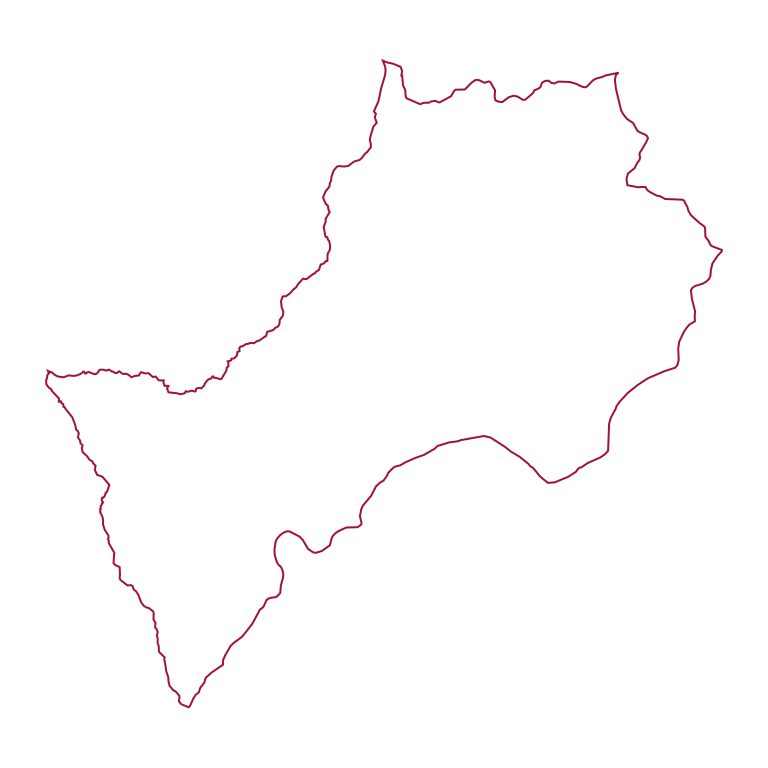 outline of San Sebastian, Cauca, Colombia
{"feature_id": "7082276B83850714200687", "entity_name": "San Sebastian", "entity_type": "district", "adm_level": 2, "iso_a3": "COL", "parent_name": "Colombia", "parent_adm1": "Cauca", "projection": "mercator", "projection_center": [-76.773, 1.841], "detail": "fine", "context": "isolated", "style": "outline", "palette": "rose", "viewbox_px": 768, "rotation_deg": 0, "n_neighbors": 0, "source": "geoboundaries", "source_scale": "gbopen_adm2", "svg_char_len": 6017}
<svg xmlns="http://www.w3.org/2000/svg" viewBox="0 0 768 768"><path d="M618.6,72.7L605.8,75.4L602.1,77.0L595.8,78.7L592.9,80.4L587.0,86.5L585.6,87.3L582.6,86.9L576.1,83.8L569.8,82.0L558.6,81.6L554.2,83.5L551.4,82.9L548.5,80.7L545.2,80.9L542.0,82.8L540.3,87.3L537.9,88.9L534.3,90.3L533.2,92.9L525.3,99.7L523.0,99.9L517.6,96.6L513.8,95.7L509.0,97.1L502.2,102.1L498.6,101.7L495.6,100.5L494.6,96.6L495.1,90.4L490.3,82.0L488.9,81.4L484.3,82.8L480.2,80.6L477.8,79.9L475.5,80.0L471.3,82.9L464.9,89.5L455.6,89.7L454.2,90.8L451.1,96.2L440.1,102.2L438.6,102.4L435.5,100.9L431.4,101.4L428.7,102.8L424.1,102.7L420.2,104.2L406.8,98.4L405.8,97.1L405.1,89.5L403.0,85.4L402.2,75.8L401.3,75.6L402.2,71.2L400.6,66.9L393.3,63.8L387.1,62.4L382.9,60.7L385.2,66.9L385.6,70.4L385.1,75.1L381.2,88.1L378.4,101.4L373.9,111.5L375.9,113.7L374.8,117.3L376.7,122.7L373.3,126.8L370.7,135.6L369.8,139.9L370.9,144.2L370.8,147.2L367.5,151.7L365.1,153.6L361.5,158.4L359.6,159.9L354.1,161.6L348.1,166.0L344.5,166.5L338.4,166.1L336.8,166.8L333.7,170.5L333.1,172.0L331.4,177.1L331.1,180.6L329.8,183.3L329.4,186.7L325.7,191.2L323.3,196.8L323.2,198.2L325.9,204.0L327.9,205.7L328.6,210.1L329.7,212.1L325.6,218.8L325.7,221.7L323.7,227.0L325.3,235.8L325.9,237.0L327.3,237.2L327.8,239.5L329.2,240.9L330.2,246.2L329.7,250.3L328.2,252.5L327.5,255.2L327.4,260.9L325.5,261.4L324.0,263.4L320.7,264.6L318.9,270.0L315.9,271.8L315.2,273.2L313.9,273.5L306.3,279.2L303.0,278.7L298.1,284.1L296.1,287.4L293.6,289.3L289.8,293.5L286.2,296.1L282.6,296.5L281.0,301.4L281.8,307.9L283.3,311.3L283.2,314.0L282.8,315.8L279.7,320.0L279.5,323.6L278.6,325.7L277.3,327.0L275.7,327.5L273.0,330.1L267.2,331.9L266.1,335.8L259.2,340.6L256.9,341.2L254.0,343.2L250.0,342.9L248.0,343.9L246.1,344.0L242.6,346.2L240.4,346.6L239.4,348.0L239.5,351.2L237.3,352.1L237.2,354.7L236.3,356.4L234.2,358.4L231.4,358.7L231.2,360.1L230.2,360.8L227.7,361.3L228.4,363.0L228.4,366.3L226.8,367.6L226.3,370.8L221.4,378.9L220.1,379.2L215.9,377.8L214.3,377.9L213.2,376.4L212.4,376.5L211.1,378.6L209.0,379.1L207.4,380.2L204.6,384.0L204.4,385.3L201.3,388.4L199.5,388.0L196.9,388.3L196.0,389.2L195.8,390.9L194.9,391.6L191.8,390.7L187.5,391.8L185.7,391.3L184.8,393.2L180.4,394.3L177.6,393.4L168.5,392.3L167.1,388.6L168.4,385.9L164.6,385.8L163.3,381.9L163.8,380.5L158.7,380.3L155.7,376.6L152.8,377.0L148.6,373.2L145.0,373.4L141.3,372.2L140.2,373.0L138.9,375.5L135.0,375.9L131.5,377.2L127.9,374.4L125.7,373.8L122.8,373.9L119.1,371.3L116.8,373.1L115.9,373.0L114.1,372.6L113.6,371.7L111.7,371.4L109.0,369.6L106.3,370.6L103.2,369.7L100.7,369.7L99.5,369.9L97.1,373.5L94.6,374.3L88.8,372.0L87.2,372.3L85.9,373.6L85.0,373.5L84.2,371.8L83.3,371.6L80.9,373.7L77.7,375.2L74.0,375.9L68.7,375.4L63.4,377.3L57.6,376.4L54.8,374.9L51.8,372.4L47.9,370.9L49.0,373.3L47.3,375.2L47.1,378.2L46.1,380.0L46.4,384.4L48.9,387.7L51.3,389.2L52.0,391.1L58.9,398.4L58.9,401.7L60.6,401.2L61.2,401.6L61.4,403.1L63.3,404.2L63.5,406.8L65.0,407.5L65.2,408.4L72.3,417.3L75.2,424.9L76.1,429.5L77.8,431.2L78.8,433.2L77.9,437.4L80.0,440.4L80.5,443.3L82.7,445.4L81.8,447.9L82.7,452.2L87.2,456.3L89.2,459.4L92.5,461.6L93.2,463.4L95.5,465.6L94.9,470.0L97.1,474.8L102.5,476.8L109.4,485.0L107.0,491.9L105.8,492.6L104.7,496.0L103.4,497.6L102.4,497.5L101.9,498.0L101.7,500.2L103.1,502.6L102.0,503.4L101.7,504.9L100.6,506.1L100.8,508.0L100.0,509.1L100.6,510.2L100.0,511.9L102.3,516.4L103.1,520.0L103.0,524.5L104.8,529.9L108.4,535.5L108.6,537.7L108.0,539.0L108.9,541.3L108.7,542.9L114.3,552.8L113.5,563.0L115.2,565.0L119.6,567.0L120.0,574.6L119.6,577.8L120.5,580.0L127.4,585.4L131.0,585.2L132.5,585.9L133.8,589.6L135.8,591.0L138.3,594.7L141.1,602.2L143.8,605.9L146.8,607.6L148.9,608.0L153.1,611.4L153.7,613.0L153.5,619.5L155.5,622.8L155.1,627.5L156.5,628.9L157.7,632.0L156.9,635.6L157.7,638.5L157.6,643.1L158.7,646.0L158.9,651.8L164.7,657.4L164.2,659.7L164.9,661.9L166.3,671.5L168.3,677.3L168.5,681.6L169.6,685.9L173.4,690.4L175.5,691.3L179.3,695.7L179.5,697.7L178.8,701.0L180.3,703.3L181.9,704.5L188.8,707.3L190.2,705.5L193.5,698.2L195.7,694.8L198.8,692.4L200.3,687.8L204.3,682.7L205.6,677.9L211.5,672.6L223.0,664.7L222.9,660.5L225.3,655.1L230.6,645.9L233.6,643.0L241.9,636.9L246.6,631.1L252.4,623.6L260.0,609.5L263.3,607.1L266.5,600.1L268.2,598.7L271.2,597.7L275.6,597.2L277.2,596.3L280.3,592.9L280.8,585.8L283.2,576.9L283.3,573.6L282.3,569.7L280.9,566.9L278.4,564.7L276.8,561.9L274.8,555.2L274.4,550.1L275.7,541.5L277.3,538.3L280.4,534.9L283.5,532.7L287.0,531.3L289.5,531.4L299.7,536.7L303.0,540.3L308.1,549.0L313.2,552.4L316.0,552.8L322.0,550.9L329.9,545.2L331.8,537.8L333.0,535.8L335.3,533.3L338.7,531.0L346.3,527.5L357.7,527.2L361.0,524.8L361.6,523.5L359.9,515.9L361.4,509.0L362.8,505.8L371.2,495.7L376.0,486.3L380.2,482.5L383.5,480.6L386.8,476.1L388.2,472.9L392.9,468.1L394.6,466.8L400.2,465.3L405.8,462.1L415.2,458.0L423.9,454.9L434.6,448.8L437.4,446.0L448.8,442.5L457.5,441.3L461.0,440.1L483.8,436.0L490.7,437.6L505.3,447.1L511.2,451.8L519.5,456.7L528.7,464.1L530.3,466.3L532.9,467.7L540.4,476.8L547.9,482.9L554.9,482.3L568.4,476.7L575.8,471.9L578.5,468.3L582.1,466.9L587.6,463.1L600.6,457.3L605.1,454.1L608.1,450.7L609.1,423.7L610.8,417.8L615.5,409.2L616.7,405.8L619.6,401.8L627.8,392.9L637.8,384.9L648.0,378.2L664.7,371.1L675.2,367.7L677.5,364.9L678.7,359.9L678.2,348.6L679.2,341.8L683.9,331.8L686.5,328.0L689.5,324.5L694.9,321.3L694.7,314.8L695.2,311.8L691.9,298.7L690.9,290.4L692.6,287.6L695.2,286.0L702.6,283.7L706.0,281.8L709.1,278.9L710.4,275.9L710.9,270.1L712.4,263.5L717.9,255.4L721.7,251.5L721.9,250.0L711.7,246.1L710.3,244.7L708.5,240.7L705.4,236.7L705.1,228.3L704.4,226.5L699.8,223.2L691.0,215.3L688.4,210.8L687.4,207.1L683.9,200.5L682.5,199.7L665.1,199.0L660.3,196.3L656.9,195.7L650.2,192.2L647.3,190.1L645.3,186.9L637.9,187.2L627.4,185.2L626.5,178.8L628.0,173.5L634.6,168.1L637.4,162.6L639.4,160.2L640.1,157.7L639.4,153.6L646.2,142.2L648.0,138.2L646.9,136.0L645.6,134.9L639.1,132.0L637.3,130.6L633.2,123.1L626.9,118.9L623.1,114.0L621.1,110.3L616.0,89.1L614.9,79.9L615.9,75.0L618.6,72.7Z" fill="none" stroke="#9f1239" stroke-width="2"/></svg>